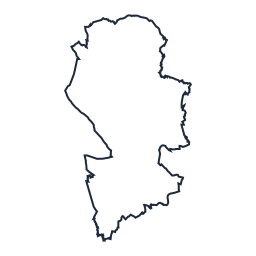 Córdoba, Veracruz, Mexico
{"feature_id": "50627088B91123516565353", "entity_name": "Córdoba", "entity_type": "district", "adm_level": 2, "iso_a3": "MEX", "parent_name": "Mexico", "parent_adm1": "Veracruz", "projection": "equal_earth", "projection_center": [-96.934, 18.924], "detail": "fine", "context": "isolated", "style": "outline", "palette": "slate", "viewbox_px": 256, "rotation_deg": 0, "n_neighbors": 0, "source": "geoboundaries", "source_scale": "gbopen_adm2", "svg_char_len": 5738}
<svg xmlns="http://www.w3.org/2000/svg" viewBox="0 0 256 256"><path d="M190.8,84.7L190.5,83.9L189.7,83.1L187.7,83.7L187.2,83.0L186.8,82.9L185.3,83.4L184.3,82.6L183.8,83.1L182.7,81.5L182.5,80.8L182.3,81.0L182.2,80.7L181.9,80.9L181.8,80.5L179.4,81.7L178.4,80.2L176.5,79.5L175.6,79.4L174.6,78.7L171.7,77.7L170.4,77.3L170.0,77.6L169.1,76.6L168.7,76.5L167.5,76.2L167.2,77.0L166.5,76.1L165.3,75.6L164.7,76.4L165.5,76.9L164.7,77.7L164.1,77.1L163.8,77.6L162.1,76.5L161.6,77.0L160.8,76.4L160.5,75.0L160.8,75.1L160.6,74.1L159.1,72.6L160.5,71.8L160.3,71.4L160.4,70.6L161.4,70.3L161.4,69.7L161.7,69.7L162.2,67.8L161.6,67.6L161.6,66.2L161.3,65.9L161.0,66.1L160.5,65.3L161.6,64.1L160.8,63.3L161.4,62.2L161.2,62.1L162.0,60.7L162.3,59.6L163.5,57.6L162.5,56.5L162.6,56.1L164.3,56.6L164.4,56.4L164.1,54.7L163.1,55.0L161.0,52.2L160.6,51.7L160.0,51.4L160.2,50.2L160.1,49.6L160.3,49.2L160.2,48.3L160.6,47.7L163.5,45.3L164.3,45.7L166.8,40.2L166.6,40.0L166.3,40.3L166.6,39.8L166.2,39.6L166.1,39.9L165.9,39.9L165.8,39.5L165.1,38.7L165.0,38.2L163.9,39.2L163.1,37.6L163.3,37.2L163.4,37.4L163.8,37.0L163.5,36.5L161.5,34.8L160.8,33.9L160.5,33.9L159.6,31.2L159.2,29.0L157.5,27.3L156.2,26.5L152.4,21.4L151.9,20.9L150.4,20.4L149.4,21.0L147.0,18.5L145.4,17.9L141.0,17.1L137.5,15.7L135.1,15.6L134.7,15.9L133.0,15.5L131.7,16.1L130.4,15.4L128.6,15.4L127.3,15.8L125.1,17.6L122.6,18.6L120.5,18.7L117.2,20.4L116.7,22.0L114.9,23.8L113.9,22.5L113.8,21.9L113.3,21.7L112.9,21.2L111.0,21.7L109.8,20.6L108.6,20.8L108.1,20.1L108.0,19.5L107.0,19.5L106.6,19.0L105.2,19.2L104.0,18.8L103.1,18.2L101.4,20.0L93.3,22.2L92.3,23.5L91.2,25.2L90.3,25.7L90.1,24.7L88.6,26.9L85.1,26.9L85.8,31.1L87.3,33.8L87.7,35.4L87.4,38.6L87.7,40.6L86.4,40.3L86.7,41.1L86.6,42.4L86.8,42.8L86.6,43.3L86.7,43.9L86.9,44.0L86.8,44.4L86.5,44.8L86.4,46.3L86.7,47.4L85.8,46.9L85.3,45.8L84.8,45.4L83.8,45.0L82.7,44.9L82.3,45.4L81.3,45.0L79.3,42.7L79.2,42.2L78.8,41.7L77.8,42.8L75.4,44.2L74.4,45.4L73.3,46.1L73.2,46.0L71.4,46.6L73.2,50.1L74.5,51.3L75.8,53.0L76.6,55.9L79.0,59.0L77.2,59.1L74.8,70.3L73.8,74.5L69.7,85.2L68.0,86.0L65.2,90.5L65.3,91.2L66.1,92.7L67.0,95.6L68.4,98.4L69.1,99.6L71.0,101.5L72.0,103.3L75.7,107.5L77.7,108.9L80.2,111.6L81.3,112.6L84.0,114.1L87.8,117.3L89.0,119.4L91.2,121.5L93.5,124.4L93.9,125.5L93.8,126.9L94.4,128.5L94.5,130.5L101.6,138.1L103.6,141.3L105.5,143.7L106.3,144.3L106.8,145.2L107.0,146.2L108.1,147.9L109.8,149.6L111.1,150.5L110.8,152.7L110.9,153.0L110.6,155.8L111.4,156.2L111.9,156.8L107.4,157.9L102.6,158.7L97.0,158.8L87.7,155.6L87.0,155.4L84.6,155.5L85.7,160.3L85.9,160.5L85.8,162.2L86.3,165.3L86.6,169.5L89.0,171.8L93.6,175.0L92.3,175.4L92.7,176.6L92.4,176.7L92.5,177.0L90.6,177.6L90.6,176.9L90.3,176.8L89.9,175.5L89.5,175.7L89.5,175.4L87.8,175.9L88.2,176.5L87.6,177.0L87.9,177.5L87.7,178.1L87.9,178.3L87.5,179.1L87.9,179.6L87.8,180.5L88.3,181.6L86.3,181.2L93.7,206.7L96.4,210.9L97.0,211.5L94.0,217.2L94.2,217.6L93.8,218.3L94.2,218.1L94.6,218.5L94.1,219.2L94.3,219.3L94.5,221.2L95.0,221.5L95.0,222.1L96.1,223.3L95.8,224.1L96.1,224.8L96.6,224.8L96.8,226.8L97.5,226.7L97.7,226.9L97.2,227.3L97.4,228.0L98.0,227.7L98.1,228.0L97.5,228.2L97.5,229.4L97.1,229.8L97.2,230.1L97.8,230.5L97.9,231.0L97.7,231.6L98.0,233.0L97.5,233.3L97.7,233.9L98.1,234.1L97.3,234.5L97.9,235.4L97.9,236.1L101.5,234.5L101.7,235.3L102.7,234.9L102.3,236.2L102.4,236.6L102.9,236.2L103.2,235.4L103.4,235.6L102.9,237.6L103.3,237.6L103.5,238.0L103.1,238.6L103.4,240.6L104.7,240.6L104.6,239.2L107.3,238.6L109.1,237.9L109.3,238.8L110.6,239.1L111.0,235.7L111.6,233.4L111.9,233.1L111.9,232.2L112.2,231.2L115.1,232.0L115.5,230.5L117.1,229.5L117.5,227.6L118.5,227.5L118.3,226.0L118.4,221.4L120.3,220.8L121.4,219.7L121.4,217.8L122.2,216.3L122.8,216.1L123.4,216.5L124.2,217.9L125.6,219.3L128.0,216.7L128.8,216.6L130.7,214.7L134.5,216.7L135.5,217.7L137.1,216.8L137.5,217.1L137.3,216.8L139.6,215.4L142.2,212.4L143.0,213.2L142.6,213.8L143.1,213.8L143.8,213.2L144.8,211.8L145.4,211.7L145.2,208.3L144.2,204.9L145.0,204.9L145.9,205.4L146.6,205.3L148.0,205.9L150.1,208.2L150.7,208.5L151.3,208.0L150.8,207.0L150.9,206.4L150.5,205.9L150.4,205.3L151.2,204.3L152.4,205.0L153.1,205.1L153.4,204.8L156.5,205.1L157.0,204.8L158.4,203.3L159.5,202.9L160.2,202.9L160.7,203.0L163.0,204.6L163.1,204.2L163.6,204.6L165.9,205.2L166.7,205.1L167.1,204.8L167.7,204.0L168.2,202.3L168.1,200.9L167.5,197.2L167.8,195.7L168.6,194.6L170.1,193.7L174.4,192.8L179.2,191.3L178.7,189.1L178.8,186.6L178.4,183.4L180.7,184.3L181.8,180.0L182.6,179.1L183.0,177.6L178.6,176.6L177.9,174.9L177.3,174.8L176.3,174.7L174.3,175.4L172.8,175.4L172.3,175.6L172.0,175.4L169.4,172.5L167.7,171.0L166.0,168.5L164.7,167.9L161.5,164.4L160.8,165.2L160.4,165.3L159.5,164.2L158.4,163.3L158.7,162.6L158.7,161.8L160.1,153.7L159.1,149.9L159.5,149.7L159.8,148.2L160.3,147.1L161.8,145.7L162.9,145.3L165.4,145.9L166.2,147.4L168.9,150.1L170.2,150.7L169.9,150.2L170.2,148.9L172.6,149.4L174.9,149.4L175.8,149.0L179.6,149.0L179.6,145.9L181.1,146.1L182.8,146.9L184.8,146.4L189.0,144.5L189.2,142.2L187.7,141.7L188.4,140.9L188.3,140.5L188.0,140.3L187.6,140.5L185.9,138.1L186.8,138.1L186.9,137.9L186.8,137.1L186.2,136.8L185.6,137.4L185.5,136.6L185.0,136.0L184.9,136.1L184.7,135.9L184.6,135.5L184.0,134.7L184.1,134.4L181.4,124.6L183.8,124.7L183.1,122.8L182.3,121.8L185.1,120.0L184.8,118.7L184.1,117.7L183.9,116.7L185.0,115.8L185.1,115.1L184.7,114.7L185.7,112.9L184.9,110.9L183.5,110.1L182.6,110.1L182.6,109.0L183.0,108.4L183.3,106.8L184.0,106.2L184.3,105.3L181.7,107.1L181.6,104.6L181.9,101.2L183.1,95.1L183.9,94.3L184.5,94.3L184.2,93.6L185.2,93.3L185.4,93.0L185.0,92.7L185.3,92.1L186.1,93.0L185.9,93.6L186.4,93.9L187.1,93.9L187.4,94.5L187.7,94.6L187.9,93.5L189.5,92.1L189.2,91.1L189.6,89.9L189.6,88.8L189.2,87.7L189.0,87.9L188.8,87.2L190.8,84.7Z" fill="none" stroke="#1e293b" stroke-width="2"/></svg>